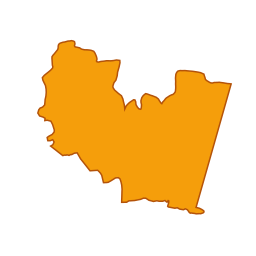 the district of Lukula, Bas-Congo, Democratic Republic of the Congo, rotated 196°
{"feature_id": "63176286B65126745094635", "entity_name": "Lukula", "entity_type": "district", "adm_level": 2, "iso_a3": "COD", "parent_name": "Democratic Republic of the Congo", "parent_adm1": "Bas-Congo", "projection": "albers", "projection_center": [12.873, -5.386], "detail": "fine", "context": "isolated", "style": "filled", "palette": "amber", "viewbox_px": 256, "rotation_deg": 196, "n_neighbors": 0, "source": "geoboundaries", "source_scale": "gbopen_adm2", "svg_char_len": 3262}
<svg xmlns="http://www.w3.org/2000/svg" viewBox="0 0 256 256"><g transform="rotate(196 128 128)"><path d="M210.0,112.2L207.9,113.2L204.0,113.3L201.4,110.5L198.3,105.8L197.9,103.8L199.1,100.9L201.8,98.3L203.1,96.6L201.6,93.7L199.3,94.3L197.2,96.0L195.2,94.2L195.6,91.2L197.4,89.3L183.1,83.5L182.9,83.6L181.7,84.4L180.9,84.6L180.0,84.8L179.3,85.4L179.1,85.4L177.1,85.4L176.6,85.9L175.7,86.7L175.0,86.9L174.8,86.9L174.3,87.4L172.6,89.0L170.0,90.1L165.0,85.2L161.3,82.6L152.7,76.4L145.5,79.0L143.6,78.0L142.7,77.4L141.9,76.9L141.3,76.3L140.2,75.3L137.9,71.2L136.5,68.7L134.0,69.5L132.1,70.3L129.9,72.5L128.0,74.6L126.2,76.6L123.5,77.6L121.6,76.8L119.9,74.3L118.3,71.4L116.8,67.4L116.5,66.1L114.9,59.9L114.3,57.4L113.6,54.8L112.0,55.3L108.8,56.3L108.0,57.2L107.1,58.2L105.9,58.6L103.1,59.6L102.5,59.8L101.7,60.1L99.4,61.3L96.2,62.9L94.2,64.5L93.8,64.8L91.5,65.4L87.9,64.3L85.4,64.4L83.3,64.4L80.2,66.0L78.7,66.1L77.9,66.2L77.4,66.3L74.4,67.2L73.4,67.9L72.5,68.5L70.4,67.5L69.8,67.7L69.7,68.3L69.4,69.3L68.7,69.1L68.3,67.2L68.3,63.7L67.5,63.2L60.9,63.8L58.6,64.9L55.9,64.3L53.1,64.6L52.0,64.8L50.7,66.1L49.1,65.9L48.5,65.8L48.1,65.6L45.8,63.7L45.4,63.6L44.7,63.3L44.5,63.5L44.4,63.5L44.0,63.7L41.7,64.0L40.6,64.2L38.8,64.3L36.2,65.2L34.4,65.7L32.3,67.2L31.8,68.3L32.4,69.3L34.5,70.0L37.0,70.5L39.5,70.5L40.7,70.4L41.0,198.8L42.6,198.6L44.3,198.2L48.7,197.7L51.4,197.3L52.9,197.1L54.8,196.4L57.7,195.5L59.4,194.4L61.2,194.2L62.6,194.5L65.5,195.3L67.0,196.1L67.9,197.7L68.9,199.1L69.9,200.7L73.5,201.2L76.2,201.0L80.2,200.5L81.6,200.3L86.2,199.4L89.1,198.9L91.9,198.0L93.7,197.6L95.7,196.5L96.5,194.9L96.8,192.9L96.6,191.7L96.1,189.1L95.0,185.9L94.4,183.5L93.5,180.8L93.1,179.3L92.6,176.7L92.6,175.5L93.3,173.8L94.0,172.7L95.2,171.9L96.9,170.4L98.0,169.1L99.4,167.5L100.0,166.5L100.8,164.4L101.8,162.5L102.2,160.7L103.1,161.0L105.3,162.8L106.7,164.2L109.3,165.3L113.5,165.7L115.2,165.7L118.6,166.0L120.5,165.9L121.5,164.6L122.4,163.1L123.1,160.9L123.1,159.2L123.1,157.9L122.6,156.3L121.4,154.1L121.0,152.2L120.8,150.8L120.8,149.8L121.3,149.4L123.0,149.5L124.9,150.8L126.8,152.7L127.8,155.3L129.1,156.9L130.4,156.7L132.0,154.8L133.6,152.9L134.7,151.0L135.8,148.8L136.3,145.3L137.3,147.8L138.1,149.5L139.7,152.2L140.9,154.5L143.2,157.2L146.8,158.6L151.4,160.8L153.6,162.8L154.1,164.2L154.0,167.7L152.8,170.7L152.8,172.7L152.8,175.3L153.4,178.8L153.4,182.3L153.4,184.2L153.7,188.5L154.5,190.7L157.8,190.2L160.6,188.8L163.1,187.8L167.0,186.8L169.6,185.6L172.4,184.5L174.6,183.2L176.1,183.1L176.8,183.7L176.8,185.7L177.8,187.6L178.9,189.1L180.5,191.0L182.1,192.3L184.9,192.5L186.6,192.3L188.7,191.9L191.4,191.2L194.4,191.0L196.5,191.7L199.0,191.6L201.2,191.4L202.1,192.2L202.2,194.3L203.2,196.2L204.2,196.5L206.4,196.4L208.0,195.6L209.7,195.0L212.6,193.2L214.2,192.5L216.7,190.8L217.7,189.3L217.7,187.6L217.2,185.6L217.2,184.0L219.3,179.0L220.1,177.4L220.7,175.6L220.3,174.0L219.3,171.2L218.0,167.5L217.2,166.3L217.0,164.8L218.4,162.1L219.9,159.9L221.9,157.1L223.0,155.5L224.2,152.8L223.0,150.5L221.5,148.8L219.0,146.0L217.4,142.7L216.4,139.6L215.7,136.0L215.5,132.5L214.9,129.7L214.5,127.1L215.9,124.5L218.0,122.9L218.8,120.9L218.8,117.5L216.3,115.2L213.3,115.1L213.2,115.1L212.8,115.1L210.4,114.5L210.0,112.2Z" fill="#f59e0b" stroke="#b45309" stroke-width="1.5"/></g></svg>